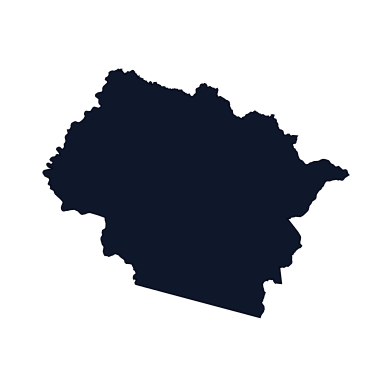 Confresa, Mato Grosso, Brazil (Robinson projection), rotated 12°
{"feature_id": "56859067B65031826235038", "entity_name": "Confresa", "entity_type": "district", "adm_level": 2, "iso_a3": "BRA", "parent_name": "Brazil", "parent_adm1": "Mato Grosso", "projection": "robinson", "projection_center": [-51.724, -10.407], "detail": "fine", "context": "isolated", "style": "filled", "palette": "ink", "viewbox_px": 384, "rotation_deg": 12, "n_neighbors": 0, "source": "geoboundaries", "source_scale": "gbopen_adm2", "svg_char_len": 5900}
<svg xmlns="http://www.w3.org/2000/svg" viewBox="0 0 384 384"><g transform="rotate(12 192 192)"><path d="M341.7,142.7L340.4,141.7L338.9,139.0L337.8,138.5L336.4,138.9L335.0,139.7L330.1,136.7L327.8,137.9L327.0,138.0L324.3,136.2L322.4,135.9L321.4,135.4L319.4,133.4L318.6,133.1L315.0,132.8L313.0,133.2L311.6,134.1L309.8,135.7L306.7,136.7L305.2,137.0L303.1,138.6L301.9,139.0L299.8,141.2L298.5,141.7L297.4,141.7L296.2,141.2L293.7,139.0L290.7,138.2L289.8,137.5L287.9,134.7L286.7,131.8L286.1,131.0L284.7,130.2L283.7,128.7L282.4,128.5L281.8,127.9L281.3,126.5L280.5,125.7L280.2,124.0L280.8,123.2L282.6,122.8L283.1,122.0L282.9,120.9L283.3,119.2L282.8,116.5L283.2,115.4L278.8,116.0L277.4,116.9L276.1,116.6L275.0,115.5L273.8,115.7L273.1,116.5L271.2,117.4L270.1,117.2L269.3,116.3L268.5,114.4L267.9,113.6L266.9,113.1L264.8,113.0L263.9,112.6L263.1,111.3L262.1,110.2L261.8,109.1L261.8,108.2L260.9,106.9L259.8,106.6L259.5,104.6L258.7,103.6L256.7,103.3L255.8,102.5L256.1,99.9L254.9,99.8L253.8,100.2L254.1,101.2L252.6,102.7L251.5,103.0L250.8,102.0L249.6,102.6L247.6,102.7L245.4,101.7L244.5,102.3L243.6,102.3L242.4,101.8L241.2,101.9L238.9,100.6L237.7,100.6L236.8,99.9L236.0,100.5L235.5,101.9L233.0,101.9L231.4,103.8L230.0,105.0L229.1,105.2L228.6,107.2L226.1,108.8L226.4,110.1L223.5,110.0L222.7,109.4L221.5,109.1L220.6,109.9L219.8,109.9L219.3,109.0L216.1,107.8L215.1,106.4L214.3,103.9L213.4,103.9L210.5,100.1L210.4,98.5L209.8,97.5L209.6,96.5L207.7,95.5L206.4,95.4L205.5,95.9L205.1,94.8L199.8,92.9L198.2,93.8L197.0,93.8L196.5,92.4L195.8,91.5L195.9,86.9L195.2,85.7L193.3,87.1L191.9,86.2L190.3,86.4L189.4,85.9L188.5,86.1L187.8,85.3L186.8,85.8L185.9,86.7L184.9,86.6L184.2,84.9L183.0,83.7L181.7,83.5L180.8,84.7L179.6,84.4L178.5,85.1L178.1,85.9L178.0,88.0L175.2,90.1L174.9,91.2L175.4,92.4L175.7,94.9L174.2,96.3L174.2,97.3L173.4,97.9L172.7,98.9L171.4,99.0L169.6,98.0L169.1,97.0L167.8,97.5L166.3,97.8L165.5,97.0L164.5,97.6L163.7,96.4L162.9,96.5L162.2,95.9L161.4,95.5L160.7,94.6L159.6,95.0L158.7,95.1L157.7,95.7L156.3,94.8L154.6,95.1L153.3,94.9L152.4,95.9L151.6,95.6L150.7,96.6L149.6,95.9L147.4,96.5L146.2,95.8L144.0,96.5L143.8,95.2L142.6,95.0L140.7,95.8L139.7,95.4L138.9,94.6L136.8,94.1L135.6,94.5L134.1,92.5L132.2,93.0L132.2,94.1L130.4,95.5L129.6,93.7L128.6,92.9L127.9,93.4L128.1,94.8L127.1,95.0L124.7,94.0L124.0,93.2L123.2,93.6L122.2,93.1L120.7,92.9L120.2,91.6L119.2,92.0L118.2,91.3L116.6,91.6L116.0,89.9L115.2,90.9L112.5,88.2L111.4,88.1L110.7,86.6L109.7,86.6L109.4,85.6L108.4,85.7L106.5,87.6L105.5,88.1L104.3,87.8L103.6,88.8L103.4,89.8L102.2,89.9L102.3,90.9L101.3,90.9L98.2,88.1L97.1,88.4L97.5,86.8L96.6,87.0L94.9,88.2L94.3,87.5L93.5,88.5L90.9,90.3L88.8,90.4L87.1,91.5L86.2,92.7L86.7,93.8L86.7,94.9L86.2,96.4L85.5,97.4L84.1,98.5L84.1,100.0L86.0,100.7L86.9,101.7L86.8,103.0L83.8,107.3L83.4,108.4L83.4,109.4L83.9,110.8L83.8,112.5L82.9,113.4L80.1,114.5L79.2,115.1L77.8,116.6L77.8,118.0L78.4,118.6L81.3,119.8L82.0,120.6L82.4,123.5L83.1,124.8L85.4,126.2L85.4,127.7L83.4,129.8L79.1,129.5L78.3,129.8L77.6,130.8L76.7,133.7L76.2,134.3L74.9,134.9L71.8,135.2L71.0,135.9L70.8,137.0L70.9,138.3L71.9,139.4L72.1,140.3L71.3,142.9L70.1,144.9L68.4,146.9L67.4,147.7L66.6,148.1L63.1,147.7L60.7,149.6L60.2,150.4L60.1,151.8L60.5,153.7L59.9,156.0L59.0,156.9L57.5,157.3L58.8,159.8L58.8,161.0L57.3,162.7L56.9,163.7L56.8,164.8L58.1,167.6L58.4,169.0L58.1,170.2L57.3,171.7L58.1,174.4L57.8,175.5L57.3,176.6L56.4,177.5L55.6,177.4L53.3,176.0L52.4,176.1L51.0,177.2L50.8,178.4L54.3,181.3L55.3,183.2L54.3,183.7L52.7,183.5L51.7,184.0L51.5,185.4L50.8,186.2L48.5,187.1L47.4,188.0L46.6,189.8L47.8,190.8L49.0,190.7L49.8,191.1L50.1,192.4L49.3,194.2L48.0,194.6L46.2,193.8L45.2,193.9L44.4,194.7L44.5,195.6L46.2,197.1L47.2,197.4L48.8,197.3L50.2,197.8L49.1,199.0L43.4,201.7L42.6,202.5L42.3,203.6L42.7,204.6L45.0,206.8L48.5,207.6L49.6,208.1L50.3,209.1L50.7,210.4L50.3,211.4L49.9,214.0L50.6,214.5L52.2,214.7L53.1,216.9L53.0,218.0L56.3,218.9L57.1,219.6L58.0,221.3L58.9,222.3L64.7,225.7L67.6,227.8L68.2,228.6L68.3,229.7L67.7,233.1L67.7,234.3L68.1,235.6L68.7,236.5L69.8,237.1L70.8,236.9L72.7,235.9L73.7,235.8L77.0,234.2L80.8,233.1L82.6,233.7L84.4,234.0L87.7,236.2L89.0,236.6L91.9,235.3L93.5,234.1L96.2,233.0L105.2,233.7L112.4,234.7L113.2,237.5L114.7,240.5L115.4,244.9L114.8,246.4L112.7,248.2L112.8,250.6L113.7,251.8L113.6,253.4L112.8,255.5L113.0,257.2L115.3,261.7L117.6,263.7L117.8,268.7L119.3,271.3L120.1,272.0L122.5,271.6L124.0,272.1L126.4,270.4L127.5,269.9L128.6,268.6L130.5,267.9L132.0,268.4L133.9,268.6L134.8,269.6L135.6,269.8L136.3,270.5L138.9,271.4L140.5,272.6L141.4,274.7L142.7,275.3L146.3,274.7L148.4,274.9L151.3,278.8L151.3,279.9L152.6,280.3L154.0,282.1L154.4,282.9L154.2,284.1L152.7,285.6L152.5,286.5L152.6,288.3L153.3,289.2L153.9,288.2L155.1,289.1L156.1,289.4L155.3,292.3L155.7,293.5L156.4,293.9L284.6,300.5L284.9,297.8L286.6,294.0L286.5,292.9L286.8,291.7L285.8,288.8L283.8,287.2L282.6,285.4L283.5,283.8L283.3,282.5L283.8,280.8L283.9,277.7L284.3,275.3L282.8,274.5L282.1,272.5L281.0,270.6L280.0,268.0L280.1,266.5L280.9,264.4L282.9,262.8L284.2,262.9L284.9,261.4L285.9,261.0L288.1,260.9L289.6,260.2L290.5,261.9L291.9,263.3L292.8,263.7L293.6,263.0L294.5,263.2L298.4,262.8L293.2,247.5L294.4,247.2L295.3,246.5L297.6,246.4L299.6,244.6L301.4,244.6L303.6,241.6L304.1,240.7L303.9,239.1L303.4,238.3L302.8,234.7L302.0,233.5L302.4,232.7L303.5,232.1L304.0,230.0L304.8,229.2L305.4,227.5L307.8,224.5L309.4,223.7L310.3,221.9L307.9,220.1L307.6,218.0L307.7,217.0L307.5,214.0L307.0,212.9L303.8,209.4L290.7,198.4L293.3,197.3L294.0,195.8L297.2,194.7L298.1,194.0L303.0,193.4L305.1,191.6L307.2,188.7L308.8,186.2L309.2,185.0L309.2,180.8L310.5,178.7L311.1,176.0L313.7,173.3L314.2,172.1L313.9,168.3L315.3,164.8L316.1,163.4L317.1,162.6L318.1,159.8L319.1,158.5L319.3,156.6L320.3,153.9L321.3,153.0L322.6,152.5L324.2,152.4L326.8,150.8L330.5,149.3L332.8,149.6L334.3,148.5L335.1,149.1L336.3,149.1L337.2,148.4L338.3,146.0L341.7,142.7Z" fill="#0f172a" stroke="#020617" stroke-width="1.5"/></g></svg>